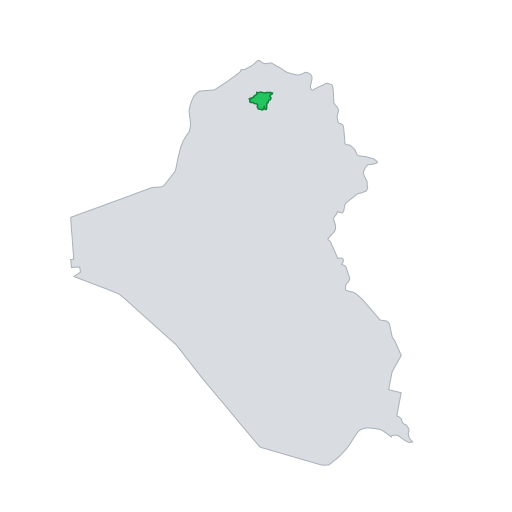 location of Tilkaef, Ninawa, Iraq, rotated 11°
{"feature_id": "34846034B79516785973946", "entity_name": "Tilkaef", "entity_type": "district", "adm_level": 2, "iso_a3": "IRQ", "parent_name": "Iraq", "parent_adm1": "Ninawa", "projection": "mercator", "projection_center": [43.046, 36.575], "detail": "fine", "context": "in_parent", "style": "filled", "palette": "green", "viewbox_px": 512, "rotation_deg": 11, "n_neighbors": 0, "source": "geoboundaries", "source_scale": "gbopen_adm2", "svg_char_len": 4863}
<svg xmlns="http://www.w3.org/2000/svg" viewBox="0 0 512 512"><g transform="rotate(11 256 256)"><path d="M205.6,76.1L209.3,75.1L216.3,69.3L220.4,63.8L221.7,63.3L225.4,65.1L228.0,65.6L234.0,63.5L237.6,64.6L240.6,66.0L242.3,66.1L250.4,69.5L252.4,69.9L256.6,70.3L262.8,70.5L266.8,68.3L269.7,66.1L271.7,66.2L273.6,66.7L275.2,67.6L276.6,69.2L277.2,71.5L277.0,78.9L277.6,80.8L278.7,82.2L280.1,82.5L281.8,80.9L284.7,78.5L288.4,76.0L291.1,73.7L292.6,72.8L295.1,73.0L297.5,73.4L298.8,74.5L298.8,74.8L300.1,78.3L303.3,91.1L305.1,92.7L307.2,94.1L308.7,96.0L309.2,97.9L309.1,100.9L309.1,104.3L310.0,106.9L311.2,108.9L312.3,109.9L313.9,110.0L315.9,110.5L317.3,112.5L321.5,127.0L321.9,128.9L323.7,129.5L326.7,129.2L329.7,130.7L332.9,133.0L335.9,137.4L338.0,138.1L344.4,137.5L353.1,138.2L357.3,140.4L356.8,141.8L353.7,143.4L348.1,145.2L346.5,148.3L345.5,152.3L345.7,154.6L347.1,157.0L351.0,161.9L351.2,163.7L351.9,166.2L352.7,167.9L351.8,171.1L348.3,173.4L343.6,175.8L334.2,186.7L333.5,189.0L333.5,195.5L332.6,197.3L329.6,197.3L327.3,196.9L327.2,199.2L325.7,202.1L324.9,204.7L328.3,210.9L328.9,214.1L328.4,217.1L325.2,222.1L323.3,225.6L323.8,226.3L326.3,227.7L334.0,238.8L336.5,242.7L339.8,241.7L341.0,241.8L342.0,242.4L342.6,243.7L342.6,245.4L341.7,247.9L345.9,248.9L347.4,251.4L352.3,260.0L352.1,262.6L349.8,266.7L349.8,269.4L350.3,271.8L351.0,272.6L358.2,273.0L361.3,273.9L368.7,278.3L377.2,285.0L384.2,290.5L390.1,295.2L396.5,294.9L398.2,295.7L399.8,297.2L401.6,301.0L405.2,309.7L408.3,312.6L413.1,319.5L417.6,326.0L414.6,334.8L411.7,343.9L411.7,355.6L411.7,361.9L417.8,362.2L424.6,362.5L424.6,370.0L424.7,377.5L424.7,386.1L426.7,386.5L429.9,388.3L431.2,391.1L432.9,392.6L435.0,392.9L437.0,394.2L439.0,396.7L439.7,398.6L439.2,399.8L439.6,402.1L441.0,405.3L442.7,406.8L445.3,408.7L441.7,409.8L437.9,408.9L429.6,405.2L427.0,405.1L423.5,406.5L423.3,407.8L414.6,403.6L411.5,402.7L410.3,402.6L405.4,402.7L398.2,403.4L394.1,405.1L391.1,407.0L389.8,408.7L389.4,409.7L387.1,414.9L384.5,421.6L381.8,427.6L376.5,436.1L373.5,440.0L367.3,447.3L360.5,448.7L344.7,447.3L327.2,445.7L309.9,444.1L296.9,442.9L295.9,442.5L283.1,432.2L273.0,424.0L260.4,413.7L247.5,403.2L234.4,392.6L224.9,384.8L213.4,374.8L202.9,365.6L194.6,358.4L183.9,352.1L175.6,347.1L163.5,339.9L153.8,334.1L145.5,329.1L132.8,321.5L128.5,319.4L115.3,316.8L102.7,314.7L89.7,312.4L81.1,310.9L86.8,305.4L85.0,300.5L80.9,301.4L77.1,302.6L74.7,294.9L77.7,294.0L75.0,284.0L72.2,273.7L69.4,263.7L66.7,253.4L77.7,246.8L85.9,241.9L97.3,235.0L108.4,228.3L118.9,222.0L130.5,214.9L140.9,208.6L150.4,206.1L152.4,204.1L156.8,195.5L160.5,188.1L160.7,186.4L160.7,175.9L161.3,163.5L162.6,156.9L164.7,151.0L166.7,146.8L166.9,142.8L166.6,138.7L164.6,132.5L162.5,126.1L162.7,119.9L163.1,116.5L164.4,111.2L166.7,107.3L169.1,104.9L178.1,102.4L183.5,100.9L190.7,93.9L194.9,89.8L200.9,83.3L205.2,78.4L205.6,76.8L205.6,76.1Z" fill="#d9dde1" stroke="#a8b0b8" stroke-width="1"/><path d="M238.5,103.2L238.6,102.8L238.7,102.6L238.7,101.9L238.7,101.3L238.7,100.6L239.1,100.5L239.7,100.2L240.0,100.1L240.1,99.9L240.2,99.7L240.4,99.5L240.4,99.0L240.5,98.6L240.5,98.4L240.5,97.8L240.3,97.6L240.1,97.4L239.7,97.1L239.3,96.9L239.2,96.9L239.1,96.4L239.0,96.0L239.2,95.6L239.5,95.1L239.9,94.8L240.2,94.6L240.4,94.4L240.6,94.2L240.8,94.0L241.1,93.7L241.1,92.9L240.8,92.9L240.3,93.0L240.2,93.0L239.6,93.0L239.4,92.8L239.2,92.7L238.8,92.6L238.5,92.6L238.4,92.8L238.2,93.2L237.4,93.1L237.0,93.2L236.7,93.2L236.4,93.3L236.1,93.4L235.9,93.5L235.7,93.3L233.4,94.3L233.1,94.3L232.0,94.4L230.7,94.2L229.8,94.2L228.8,94.3L227.4,95.2L227.1,95.4L225.6,95.3L225.7,95.6L225.8,96.1L225.8,96.8L225.8,97.2L225.5,97.7L225.0,98.0L224.6,98.4L224.1,98.8L223.6,99.3L223.6,99.8L223.6,100.0L223.3,100.2L223.1,100.8L222.9,101.0L222.6,101.0L222.2,101.1L221.8,101.5L221.6,101.9L221.5,102.1L221.3,102.3L221.0,102.3L220.7,102.3L220.4,102.3L220.1,102.3L219.9,102.4L219.6,102.8L219.5,103.0L220.4,103.0L220.4,103.3L220.4,103.9L220.4,104.5L220.3,105.1L220.5,105.4L220.6,105.7L220.6,105.9L221.1,106.1L221.7,106.4L222.2,106.2L222.7,106.1L223.0,106.1L223.5,106.0L223.7,105.9L223.9,105.9L224.2,106.1L224.9,106.4L225.2,106.6L225.4,106.7L225.9,106.6L226.5,106.6L227.0,106.6L227.4,106.4L228.1,106.8L228.6,107.1L228.8,107.3L228.9,107.7L228.7,108.3L228.7,108.7L228.8,109.4L229.2,109.9L229.8,110.7L230.0,111.1L230.7,111.2L231.8,111.2L233.6,111.2L234.4,111.1L234.4,111.3L234.6,111.2L235.1,110.9L235.2,110.4L235.3,109.8L235.4,108.9L235.4,108.5L235.6,108.2L235.8,108.9L236.0,109.5L236.3,109.9L236.5,110.0L236.8,110.2L237.1,110.4L237.7,110.3L238.2,110.0L238.2,109.8L238.2,109.5L238.2,109.2L238.2,108.6L238.2,108.2L238.1,107.9L237.9,107.5L237.8,107.3L237.8,107.0L237.8,106.7L237.8,106.2L237.7,105.9L237.6,105.4L237.6,105.0L237.6,104.8L237.6,104.4L237.6,104.2L237.5,103.9L237.5,103.7L237.6,103.4L237.8,103.3L238.0,103.3L238.4,103.2L238.5,103.2Z" fill="#22c55e" stroke="#15803d" stroke-width="1.5"/></g></svg>